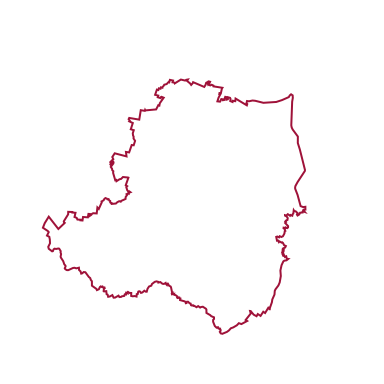 Tres Valles, Veracruz, Mexico, rotated 205°
{"feature_id": "50627088B63503421753996", "entity_name": "Tres Valles", "entity_type": "district", "adm_level": 2, "iso_a3": "MEX", "parent_name": "Mexico", "parent_adm1": "Veracruz", "projection": "natural_earth1", "projection_center": [-96.161, 18.292], "detail": "fine", "context": "isolated", "style": "outline", "palette": "rose", "viewbox_px": 384, "rotation_deg": 205, "n_neighbors": 0, "source": "geoboundaries", "source_scale": "gbopen_adm2", "svg_char_len": 5871}
<svg xmlns="http://www.w3.org/2000/svg" viewBox="0 0 384 384"><g transform="rotate(205 192 192)"><path d="M180.6,297.7L180.2,295.6L179.1,295.1L178.9,293.7L192.0,295.1L191.2,292.6L193.6,291.9L193.3,290.7L195.8,290.6L196.3,292.5L197.3,293.4L199.4,293.1L198.7,291.2L199.8,290.2L200.8,292.6L202.1,292.3L201.8,288.9L202.6,288.4L202.7,289.2L204.7,288.6L204.8,285.7L207.3,284.9L207.8,288.7L207.6,292.5L208.6,292.2L208.9,293.3L207.6,293.8L208.6,298.3L208.5,299.3L217.2,296.8L217.5,297.5L219.5,297.5L220.5,296.3L222.0,296.2L222.2,299.5L223.7,299.1L223.4,296.7L224.2,297.4L224.3,298.3L225.3,297.0L225.0,294.5L225.3,292.4L237.4,292.0L237.3,291.0L238.0,288.7L239.6,289.6L243.5,290.6L243.3,292.2L244.7,291.2L245.3,290.1L249.6,289.2L253.5,283.2L253.9,283.7L256.0,283.2L256.3,285.0L259.4,284.3L259.1,282.5L259.4,282.7L260.6,279.1L262.5,277.5L262.5,276.5L263.1,274.7L262.9,274.0L264.4,273.7L264.2,272.3L265.8,272.0L265.6,270.2L267.1,270.0L266.5,264.5L263.3,265.1L263.1,263.4L261.7,263.6L260.1,263.8L260.2,265.1L259.9,265.4L257.5,265.5L258.7,258.9L258.1,256.5L258.9,256.4L259.2,257.3L259.4,251.7L268.8,246.2L269.2,246.5L269.1,245.6L273.0,244.5L270.4,235.3L280.2,232.6L280.2,231.2L278.2,230.1L278.5,229.5L274.8,229.5L274.0,223.0L270.9,223.4L270.5,220.2L269.3,218.3L268.3,217.5L267.6,215.8L265.2,214.3L264.6,209.7L266.5,209.1L265.7,201.3L268.8,200.4L266.4,196.6L278.4,194.4L279.0,190.0L277.2,188.5L278.0,186.6L277.7,186.5L278.7,184.5L277.9,183.8L276.7,186.4L275.8,185.9L277.6,182.5L276.8,182.0L275.2,185.3L276.2,180.4L274.3,179.3L273.4,178.0L272.1,177.6L271.6,176.0L266.5,170.2L265.8,170.9L265.0,169.9L263.1,172.9L261.8,173.9L260.9,176.4L255.7,178.2L255.8,179.1L254.9,170.1L253.2,169.9L253.6,168.6L251.5,166.3L249.8,165.4L249.3,166.1L247.7,165.8L248.8,164.7L248.6,164.0L249.1,164.1L250.3,162.5L249.5,162.3L250.0,159.5L249.3,157.6L252.4,154.0L252.5,153.1L254.1,152.9L255.4,151.2L256.1,149.4L259.5,147.4L259.7,147.9L260.5,147.6L260.8,148.0L261.7,148.0L262.4,149.3L263.4,149.3L264.6,150.3L265.5,149.6L266.3,150.0L267.9,149.9L268.5,148.7L268.6,147.1L270.0,145.2L269.4,144.5L269.3,137.2L271.2,138.0L269.3,132.3L272.6,131.0L273.5,129.8L273.6,128.8L274.6,127.1L275.3,128.9L276.6,128.4L275.7,125.0L280.2,123.3L279.2,119.9L281.1,119.2L281.3,119.8L284.2,118.6L285.6,119.8L287.9,119.7L288.8,123.9L291.8,122.8L292.0,123.3L295.8,121.7L294.8,119.4L295.8,111.2L295.3,110.5L294.3,110.2L297.5,102.0L311.4,109.1L312.3,101.5L312.0,96.6L306.2,95.7L304.9,95.1L305.0,91.2L302.4,91.1L300.8,88.9L299.0,85.5L299.1,81.5L297.8,80.0L293.7,79.1L293.1,79.6L293.2,81.4L292.7,82.5L291.0,83.0L289.3,84.3L288.4,84.5L286.0,82.9L285.6,81.7L284.4,80.4L283.8,78.0L283.2,77.2L279.5,74.9L277.2,72.5L275.6,71.8L275.1,71.1L275.1,69.1L274.2,68.5L272.5,68.3L271.1,68.9L267.7,72.9L266.4,73.7L264.6,73.9L262.5,75.6L261.4,73.6L259.4,72.9L257.9,71.2L257.2,71.8L256.3,73.7L254.7,74.2L249.6,71.4L247.9,71.0L246.6,69.6L245.0,68.8L243.1,64.8L237.8,63.8L236.7,62.9L235.3,64.5L235.3,67.0L234.8,67.9L233.9,67.7L233.2,68.5L232.5,67.9L231.0,68.5L230.5,67.9L231.0,67.3L230.2,64.8L229.7,64.7L227.8,65.9L226.2,63.3L225.1,63.3L223.7,61.6L222.3,62.6L220.6,64.9L218.4,63.1L217.1,63.8L214.8,67.0L213.4,66.1L211.9,67.0L211.6,67.7L209.5,69.2L209.7,70.8L208.5,71.2L209.1,72.8L207.7,72.9L208.3,73.6L207.9,74.4L206.0,74.1L204.4,74.8L203.2,72.1L201.7,72.4L199.9,73.5L198.1,73.8L198.9,76.1L198.1,76.6L198.6,79.0L198.0,79.7L197.0,79.8L195.6,79.0L194.5,80.0L193.5,82.4L191.9,82.1L190.9,82.5L191.4,85.5L191.0,88.2L189.3,89.9L189.4,91.7L187.8,94.8L186.4,96.0L184.6,96.3L184.2,95.7L182.6,97.0L180.4,96.4L179.3,96.5L178.4,97.0L177.5,98.4L176.9,97.7L175.4,97.1L175.5,98.6L175.2,98.8L173.2,97.4L171.4,97.3L170.7,96.7L167.7,92.7L167.2,92.8L167.5,91.6L166.9,90.8L165.2,92.1L165.1,91.5L164.7,91.3L163.3,91.6L161.0,91.1L160.9,90.0L160.2,89.8L158.8,91.0L158.1,90.3L157.5,90.5L157.1,89.0L152.3,89.8L151.4,89.6L150.6,88.6L150.2,88.9L150.6,89.3L150.2,90.4L149.2,90.9L147.1,90.1L146.1,90.3L145.0,89.0L144.0,89.1L143.3,89.8L142.5,89.4L141.9,89.8L139.2,89.5L138.2,91.2L135.8,90.7L135.3,91.5L133.7,92.6L130.1,92.1L129.3,91.6L127.8,88.5L123.4,88.1L122.1,87.6L119.1,87.7L118.4,86.3L118.8,85.0L118.0,83.3L114.7,80.2L112.4,79.4L111.4,80.4L110.7,79.6L109.0,80.0L108.9,79.3L108.0,79.3L107.4,78.3L107.7,77.0L106.2,76.0L105.4,76.2L104.6,76.3L101.2,80.0L100.0,82.2L99.2,84.9L97.4,86.7L95.0,90.2L94.1,92.9L91.4,93.2L87.5,98.4L89.3,98.7L87.4,106.7L89.1,108.7L88.5,108.9L84.3,106.9L81.0,106.7L80.8,109.2L77.5,108.7L76.8,113.6L74.6,113.2L73.9,119.6L72.8,120.1L71.7,117.7L72.4,119.8L73.0,125.9L73.8,128.5L73.9,133.9L75.2,137.4L75.2,139.1L74.2,143.8L74.3,147.1L76.0,153.4L78.7,158.2L79.9,163.5L79.9,167.7L79.3,168.8L77.5,170.0L76.5,172.0L77.9,171.6L79.4,173.5L80.3,172.4L81.2,173.2L82.3,172.7L83.1,173.4L82.2,173.9L82.4,174.2L83.6,175.0L84.7,175.0L85.0,177.3L84.3,175.9L83.9,176.1L84.0,177.2L84.6,178.8L84.9,178.9L85.5,178.1L85.7,178.6L85.6,179.4L84.1,181.1L84.1,182.7L86.0,182.7L88.1,184.3L89.0,184.5L89.3,184.0L91.9,184.2L92.1,183.3L93.6,184.4L94.4,183.8L96.7,186.9L95.9,187.7L93.9,187.7L93.8,189.0L92.0,189.0L90.9,190.3L90.7,193.4L91.4,195.8L91.0,196.2L92.3,197.6L93.7,197.8L93.9,198.4L92.8,198.7L92.2,199.5L91.7,199.2L90.4,199.5L90.0,200.5L90.5,201.7L94.5,203.3L94.1,204.5L95.0,204.8L94.5,206.3L93.7,207.0L94.2,208.8L95.8,209.8L97.7,209.9L97.9,210.3L96.6,210.5L95.8,212.4L93.1,211.9L93.0,212.8L91.1,212.9L91.4,214.4L91.1,215.4L92.1,218.5L91.3,218.0L89.9,218.3L87.4,217.5L87.4,215.9L86.4,215.3L85.3,217.0L85.3,218.9L83.1,220.2L83.5,221.0L83.3,221.4L81.4,221.6L83.5,222.6L83.4,223.1L81.8,224.0L83.0,226.5L84.9,225.3L87.6,225.1L95.1,234.0L99.9,238.6L100.5,239.8L100.8,241.2L100.5,245.7L98.6,258.7L98.9,259.7L112.3,276.2L116.8,281.1L119.5,287.0L127.2,291.2L128.9,292.6L130.2,294.4L139.4,316.2L140.4,319.9L141.6,322.1L143.5,322.4L144.2,320.9L144.4,318.9L149.3,313.3L153.7,309.2L165.0,303.0L173.2,301.4L175.8,300.5L178.7,298.3L180.6,297.7Z" fill="none" stroke="#9f1239" stroke-width="2"/></g></svg>